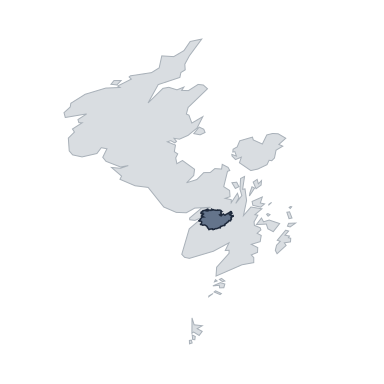 Perthshire and Kinross highlighted on a map of United Kingdom, rotated 163°
{"feature_id": "GBR-2018", "entity_name": "Perthshire and Kinross", "entity_type": "Unitary District", "adm_level": 1, "iso_a3": "GBR", "parent_name": "United Kingdom", "parent_adm1": "", "projection": "robinson", "projection_center": [-3.865, 56.538], "detail": "fine", "context": "in_parent", "style": "filled", "palette": "slate", "viewbox_px": 384, "rotation_deg": 163, "n_neighbors": 0, "source": "natural_earth", "source_scale": "10m", "svg_char_len": 6329}
<svg xmlns="http://www.w3.org/2000/svg" viewBox="0 0 384 384"><g transform="rotate(163 192 192)"><path d="M208.0,290.0L189.5,299.6L183.6,298.9L176.5,294.1L169.1,294.7L172.2,292.2L165.8,290.0L154.7,293.1L149.9,291.0L147.0,286.2L171.0,274.0L174.6,268.2L172.5,266.4L172.0,258.0L159.6,260.9L168.5,251.7L179.2,247.3L188.6,246.2L193.5,248.6L192.0,244.9L194.1,244.0L197.3,247.3L200.9,247.2L194.1,241.7L197.1,235.7L194.5,232.6L197.6,229.4L198.2,223.5L191.9,224.9L182.9,213.0L185.5,207.3L194.5,202.4L183.7,202.5L175.1,207.1L168.9,205.3L163.3,207.7L157.0,205.3L155.0,209.6L150.3,205.0L149.6,201.5L152.0,201.4L160.1,187.8L155.6,182.5L157.0,176.4L162.1,176.2L156.7,173.2L157.6,170.3L148.9,177.5L148.8,172.8L153.5,168.3L145.4,174.0L145.3,180.6L141.6,190.7L137.2,191.5L142.8,179.8L140.4,179.5L142.3,167.9L149.7,154.4L140.0,160.4L130.1,155.5L138.5,151.9L135.8,150.6L141.4,145.3L142.1,141.8L137.3,137.9L137.2,135.6L141.8,133.5L138.5,130.2L141.3,124.6L150.6,124.6L145.4,119.6L147.0,115.1L153.7,114.5L152.1,111.2L153.6,106.4L165.5,107.8L193.6,104.6L190.4,112.9L174.5,122.5L173.6,125.4L177.3,126.3L171.5,132.6L188.8,129.1L213.9,129.3L218.2,131.7L220.0,135.4L205.4,157.6L188.6,164.9L197.5,164.0L202.3,166.1L201.9,167.8L187.6,173.8L178.7,172.0L194.1,175.8L203.5,173.8L213.0,177.1L223.4,185.9L232.6,209.2L244.6,214.6L257.2,225.2L254.7,227.8L261.8,239.0L253.5,235.6L245.2,235.9L253.0,236.8L265.3,246.5L267.2,251.3L260.7,258.2L265.8,260.9L271.7,256.6L286.9,257.7L295.3,262.4L297.4,267.2L294.5,279.7L286.9,283.7L287.9,287.2L276.8,290.3L279.9,291.4L279.9,294.6L269.9,297.5L291.4,300.3L291.2,305.3L283.6,308.9L281.9,312.3L265.6,316.7L244.1,316.6L230.3,313.0L232.1,315.1L217.0,317.7L218.5,320.4L216.9,321.1L195.9,318.0L187.1,320.3L181.1,331.0L169.9,326.8L158.3,329.6L149.7,336.5L138.0,335.4L154.7,323.0L161.5,316.3L162.8,310.8L167.7,309.5L170.1,305.1L192.9,304.6L208.0,290.0ZM131.4,227.0L118.1,226.8L118.2,223.9L110.7,217.3L103.8,224.7L97.8,224.4L92.6,222.5L86.6,216.0L95.0,212.1L91.8,209.3L99.4,207.4L103.2,200.4L106.6,198.6L109.0,199.8L112.3,196.2L122.3,194.7L129.5,195.3L138.1,206.1L134.6,210.9L140.9,210.3L143.2,214.7L142.9,216.3L139.0,213.4L139.2,218.0L141.3,218.3L140.2,220.9L135.6,221.9L131.4,227.0ZM129.4,111.8L126.7,116.4L122.0,119.0L124.6,120.9L113.6,128.1L111.0,126.4L115.7,123.5L111.7,121.4L113.2,120.1L111.1,118.9L112.4,115.5L118.6,116.4L117.6,113.4L128.7,108.1L129.4,111.8ZM130.2,134.6L130.3,139.6L139.9,142.0L133.2,146.8L132.3,142.6L126.4,142.6L117.4,136.2L125.9,130.3L130.2,134.6ZM227.1,52.7L231.4,57.6L233.4,56.9L228.8,71.6L228.8,64.4L221.3,61.1L227.0,59.8L223.0,55.7L227.1,52.7ZM137.3,165.4L126.2,166.7L129.9,161.5L126.1,159.4L130.7,157.4L137.7,161.5L137.3,165.4ZM167.5,244.3L173.2,247.3L166.2,252.0L162.4,248.6L162.1,245.1L167.5,244.3ZM129.8,176.4L130.6,183.6L126.0,185.0L126.2,180.4L122.2,182.6L123.9,178.4L129.8,176.4ZM193.6,92.3L193.2,94.8L199.5,96.1L191.3,97.0L187.5,94.4L189.6,91.1L193.6,92.3ZM151.1,189.2L146.4,188.3L145.6,183.4L149.5,182.7L151.1,189.2ZM238.0,318.7L234.0,321.4L227.2,319.3L232.6,316.4L238.0,318.7ZM133.1,179.5L131.0,177.4L138.3,171.4L136.8,174.4L133.1,179.5ZM108.4,129.9L110.7,131.4L108.8,133.8L102.0,132.0L108.4,129.9ZM107.2,144.9L104.5,144.5L104.0,137.9L107.0,138.1L107.2,144.9ZM233.6,55.2L231.1,52.9L232.5,49.9L234.5,50.8L233.6,55.2ZM200.1,89.9L198.4,90.6L193.6,86.3L195.1,85.7L200.1,89.9ZM191.3,100.4L189.0,100.7L186.6,97.3L189.1,97.4L191.3,100.4ZM238.8,47.5L237.9,50.8L235.9,50.5L236.0,47.6L238.8,47.5ZM206.2,87.7L201.5,88.8L206.6,87.0L206.2,87.7ZM127.2,148.9L125.8,149.2L124.0,147.5L126.3,146.6L127.2,148.9ZM196.8,99.5L195.2,101.3L194.0,99.6L196.8,99.5ZM121.8,157.9L118.9,158.8L122.8,156.9L121.8,157.9ZM103.6,148.9L101.8,149.3L101.0,148.7L102.9,147.5L103.6,148.9Z" fill="#d9dde1" stroke="#a8b0b8" stroke-width="1"/><path d="M193.9,162.5L193.0,162.8L192.3,163.2L190.1,164.8L189.3,165.0L188.3,164.8L188.6,165.1L189.0,165.2L189.6,165.2L189.7,165.3L189.8,165.7L189.6,165.8L190.1,166.2L190.0,166.4L189.7,166.5L189.0,166.5L188.9,166.6L189.0,166.9L188.9,167.1L188.1,167.1L187.5,167.5L187.9,167.8L187.8,168.3L189.1,168.4L189.6,168.7L189.7,169.3L188.9,169.6L188.8,169.8L189.0,170.0L189.5,170.1L189.4,170.1L189.0,170.2L188.4,170.1L187.8,170.2L187.6,170.2L187.5,170.7L187.0,170.9L185.3,170.7L184.1,170.8L183.6,170.5L183.3,170.6L183.1,170.9L182.9,171.0L182.0,171.1L181.8,171.0L181.7,170.4L183.4,169.8L183.6,169.7L183.4,169.6L182.4,169.3L182.0,169.4L181.5,169.3L181.3,169.6L180.0,169.5L179.8,169.4L179.5,168.9L179.3,168.8L177.9,169.4L177.9,169.5L177.7,169.3L177.7,168.8L177.6,168.7L176.8,168.9L176.2,168.3L175.1,167.9L174.4,167.4L173.4,167.3L173.0,167.0L172.9,167.0L172.7,167.3L172.2,167.1L171.8,166.7L170.7,166.6L169.7,165.8L169.8,165.3L169.5,165.1L169.5,164.7L169.4,164.6L169.5,164.6L169.6,164.4L170.1,164.5L170.3,164.3L170.4,164.1L170.4,162.4L171.2,162.5L171.7,162.2L172.3,162.1L171.8,161.2L171.3,160.9L171.3,161.0L171.1,160.9L170.6,161.0L169.4,161.5L168.4,161.8L168.3,161.6L167.6,160.4L167.0,160.2L166.2,160.6L164.5,160.9L164.3,161.0L163.9,160.7L163.6,160.8L163.5,161.1L163.3,161.2L162.5,161.3L161.8,161.5L161.0,162.0L160.5,161.9L160.2,161.7L160.8,160.8L160.8,160.6L160.7,160.5L160.6,160.4L160.0,160.3L159.9,160.1L161.9,159.3L162.4,159.5L162.6,159.6L162.7,159.4L162.2,158.7L161.9,158.4L161.3,158.3L161.2,158.0L161.5,157.8L161.4,157.4L161.1,157.3L160.4,157.6L159.6,157.5L159.6,156.9L159.7,156.7L160.9,156.6L162.1,156.2L161.9,155.7L162.0,155.5L162.4,155.2L162.3,154.5L162.9,154.3L163.0,153.9L163.6,153.2L164.1,153.2L164.5,153.7L165.0,153.9L166.1,153.0L166.4,152.8L166.5,152.7L167.4,152.7L168.0,152.1L169.1,151.9L170.1,151.5L170.3,151.3L170.1,150.8L170.6,150.4L170.9,150.4L172.2,150.8L173.6,150.6L174.8,150.8L175.0,150.7L175.1,149.9L175.3,149.5L175.5,149.4L176.4,149.9L176.8,150.0L178.1,149.7L178.5,149.8L179.6,149.8L179.9,150.0L180.3,150.1L180.8,150.1L181.3,149.8L182.1,150.0L182.8,149.8L183.2,150.1L183.2,150.8L183.4,150.9L183.6,151.0L184.6,150.9L185.4,151.3L186.0,151.1L186.8,151.1L186.9,151.9L187.1,152.6L187.3,152.8L187.6,153.4L187.6,153.9L187.6,154.4L187.9,155.0L188.1,155.3L188.7,156.0L189.3,156.6L189.6,156.8L190.2,156.9L190.8,157.0L191.3,157.1L191.8,157.3L192.0,157.6L192.0,157.9L192.4,158.2L192.9,158.2L193.3,158.4L193.3,158.7L192.7,158.8L192.1,159.4L191.5,160.4L191.5,160.8L192.0,161.5L192.7,161.8L193.3,161.9L193.7,162.1L193.9,162.4L193.9,162.5Z" fill="#64748b" stroke="#1e293b" stroke-width="1.5"/></g></svg>